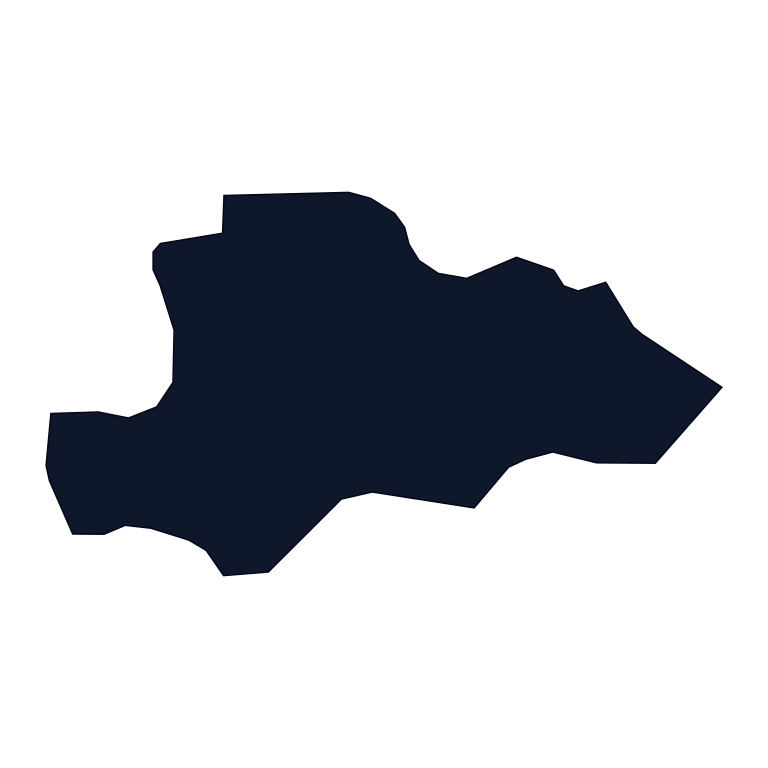 an SVG outline of Žužemberk
{"feature_id": "SVN-238", "entity_name": "Žužemberk", "entity_type": "Municipality", "adm_level": 1, "iso_a3": "SVN", "parent_name": "Slovenia", "parent_adm1": "", "projection": "natural_earth1", "projection_center": [14.926, 45.807], "detail": "fine", "context": "isolated", "style": "filled", "palette": "ink", "viewbox_px": 768, "rotation_deg": 0, "n_neighbors": 0, "source": "natural_earth", "source_scale": "10m", "svg_char_len": 691}
<svg xmlns="http://www.w3.org/2000/svg" viewBox="0 0 768 768"><path d="M605.7,282.3L633.1,326.8L641.9,334.3L721.9,387.3L655.3,463.2L596.5,462.8L552.6,452.0L525.5,459.3L508.5,467.2L474.1,507.9L372.0,492.0L341.3,499.1L268.3,572.0L223.6,575.6L206.2,550.4L188.9,540.1L150.8,528.2L125.2,525.3L104.1,534.2L72.7,534.0L49.4,480.6L46.1,465.6L50.9,413.5L98.2,412.0L128.5,418.0L156.7,406.9L173.0,382.3L174.1,330.1L160.1,285.4L153.1,269.8L153.1,251.9L160.5,243.5L222.6,233.2L224.0,195.5L348.7,192.4L370.5,198.3L394.5,213.3L404.6,227.3L409.0,244.3L419.0,260.5L438.2,273.4L466.7,278.4L516.5,257.3L553.6,270.2L563.6,285.8L578.0,291.0L605.7,282.3Z" fill="#0f172a" stroke="#020617" stroke-width="1.5"/></svg>